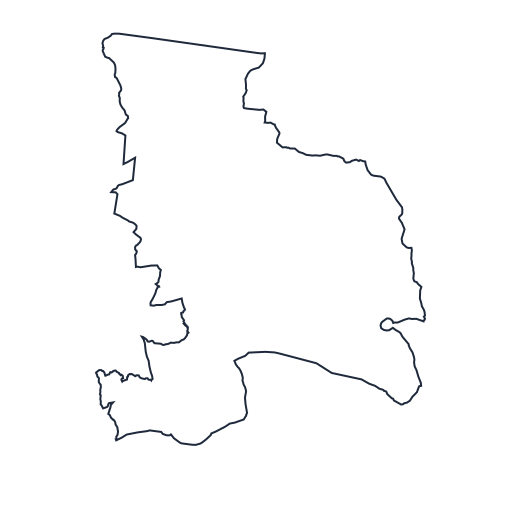 Lambussie-karni, Upper West, Ghana (orthographic projection), rotated 8°
{"feature_id": "2480657B9523556036154", "entity_name": "Lambussie-karni", "entity_type": "district", "adm_level": 2, "iso_a3": "GHA", "parent_name": "Ghana", "parent_adm1": "Upper West", "projection": "orthographic", "projection_center": [-2.645, 10.837], "detail": "fine", "context": "isolated", "style": "outline", "palette": "slate", "viewbox_px": 512, "rotation_deg": 8, "n_neighbors": 0, "source": "geoboundaries", "source_scale": "gbopen_adm2", "svg_char_len": 6088}
<svg xmlns="http://www.w3.org/2000/svg" viewBox="0 0 512 512"><g transform="rotate(8 256 256)"><path d="M437.6,361.6L436.9,358.7L433.6,352.9L430.7,346.5L428.5,343.3L427.3,339.2L427.3,336.6L426.5,334.1L424.4,329.7L421.3,326.0L419.7,323.4L419.5,322.1L412.3,315.6L409.8,312.2L408.1,311.2L404.5,309.8L401.5,308.1L398.1,311.0L395.5,311.6L392.8,311.4L390.1,310.1L389.0,307.5L389.3,305.1L390.3,303.5L394.1,299.8L394.8,299.5L397.4,299.5L398.8,300.3L400.2,301.3L401.2,303.2L402.8,302.5L405.5,302.2L412.1,298.3L416.2,296.5L418.8,296.7L423.5,295.9L431.0,297.4L431.0,296.6L431.7,296.0L432.1,294.6L430.7,292.7L431.6,291.5L430.7,287.9L429.7,285.9L427.2,282.6L426.5,280.3L424.2,275.3L423.4,267.2L424.1,263.6L420.4,261.2L418.8,259.5L416.6,259.1L415.8,258.3L414.9,256.2L414.7,251.0L413.6,247.8L413.5,246.1L411.3,241.5L411.2,240.0L410.0,236.8L410.0,234.2L409.6,232.3L409.6,228.9L408.8,226.3L405.9,226.8L404.0,226.5L399.4,223.3L398.8,221.8L397.8,218.7L399.4,208.9L395.9,203.0L392.4,199.1L392.4,197.3L394.6,194.5L394.9,193.4L394.5,189.9L393.9,187.6L387.1,180.7L375.1,165.5L372.4,161.5L368.6,160.0L361.1,160.1L358.6,159.4L354.6,155.5L351.9,150.2L351.0,147.2L348.9,147.2L345.7,146.5L344.7,147.6L341.7,146.6L337.5,148.5L336.0,150.0L332.4,151.0L330.4,149.9L328.9,147.4L324.2,145.8L322.9,146.0L322.0,145.6L318.7,146.1L312.6,145.5L310.5,145.9L305.5,147.8L301.2,148.0L297.7,148.7L291.5,148.8L288.3,147.7L284.0,147.0L279.5,144.2L274.6,144.8L273.2,144.2L271.9,144.5L270.9,144.1L267.1,144.7L261.0,140.9L260.7,137.7L261.0,135.8L262.2,131.6L261.9,130.4L258.1,126.4L256.5,124.0L256.3,123.2L254.9,123.1L252.0,121.9L249.3,122.5L246.0,122.6L246.3,121.1L245.6,116.7L246.2,111.8L242.9,109.9L239.2,110.8L227.1,111.3L223.6,111.2L222.8,110.1L222.8,106.4L222.0,104.7L221.7,101.4L221.2,100.0L223.1,96.1L223.7,93.1L222.8,91.9L222.2,87.6L220.9,82.3L222.6,76.7L224.6,73.3L227.0,71.6L232.6,69.0L236.0,64.2L236.9,59.4L236.6,54.0L232.7,54.7L228.5,54.8L122.7,54.7L89.7,54.9L84.8,55.5L82.4,56.3L81.6,57.9L79.2,60.2L75.8,62.2L74.8,64.0L74.4,66.0L74.4,66.8L75.4,69.2L75.3,70.8L76.2,71.0L76.1,72.3L75.6,73.3L75.7,74.4L78.9,79.6L81.6,80.4L82.9,80.4L88.4,84.3L89.9,86.6L90.8,90.1L91.2,94.0L90.8,96.1L91.5,98.4L92.9,98.9L93.7,99.8L98.0,106.0L99.2,108.7L99.4,110.1L99.1,111.2L97.7,113.5L98.1,115.2L97.9,116.4L99.1,118.4L99.5,121.9L100.7,124.9L102.7,127.5L105.6,130.1L107.4,134.0L109.6,135.2L110.2,137.1L107.8,142.6L103.0,147.3L100.9,150.3L100.5,151.8L101.8,152.5L106.2,153.2L109.9,154.8L112.0,183.4L116.1,180.6L122.6,175.5L123.5,198.0L113.6,203.5L110.6,204.7L109.4,205.8L108.7,208.0L108.0,208.8L105.4,210.1L103.8,212.9L108.2,212.5L110.2,214.1L109.8,233.7L115.7,235.2L118.7,236.7L124.2,238.6L125.6,239.5L129.6,240.1L132.3,241.6L133.6,242.9L133.7,245.9L131.4,249.4L134.3,251.5L138.9,254.0L139.4,254.5L139.8,255.6L139.6,257.2L138.7,259.2L137.7,260.2L137.3,261.2L135.7,262.4L135.0,264.1L135.5,266.4L136.4,267.3L136.9,267.3L137.4,268.5L136.9,270.6L136.1,271.9L137.1,275.7L138.6,283.6L139.8,283.1L143.3,283.2L153.8,280.0L159.6,279.1L161.6,281.8L163.7,283.0L163.4,285.6L163.7,289.4L162.9,292.8L163.0,295.1L162.4,296.2L160.6,297.7L162.5,299.0L164.2,299.5L164.4,299.9L163.1,300.4L162.0,303.5L161.5,307.1L159.8,312.4L158.2,316.3L158.1,317.6L158.5,319.5L161.8,319.4L164.1,318.4L169.1,317.7L172.4,316.6L174.1,314.1L178.4,312.8L188.3,308.4L189.7,312.7L191.9,317.1L193.1,318.7L192.8,319.8L192.1,320.3L191.6,322.1L189.9,322.7L190.0,324.1L190.4,324.4L191.0,326.8L193.7,329.7L193.3,330.9L194.9,332.8L194.0,333.2L195.7,334.6L196.2,334.4L196.4,334.8L196.9,334.6L197.5,335.6L198.0,335.6L198.0,336.4L198.6,336.7L198.5,337.7L198.7,338.5L198.3,339.9L199.8,341.3L199.5,341.7L198.8,341.8L198.7,344.1L197.1,347.3L196.0,348.7L194.2,349.6L191.7,352.2L188.7,352.7L187.3,353.4L183.6,353.7L181.8,355.0L179.9,355.8L178.9,355.9L177.3,356.9L175.7,356.9L174.0,356.1L167.6,356.5L165.5,354.5L164.7,354.4L162.0,355.8L160.6,355.7L159.6,354.3L158.6,353.6L155.3,351.9L154.2,351.8L156.2,354.1L158.0,357.7L160.2,366.4L162.0,370.9L164.3,374.8L165.8,380.1L168.0,385.8L169.8,389.2L170.7,392.2L169.7,393.2L169.6,393.8L168.9,393.2L167.3,393.5L166.5,393.2L165.8,392.3L165.0,392.2L164.0,392.4L163.1,393.3L159.9,393.1L157.8,392.4L156.4,390.5L154.1,390.8L153.4,391.8L153.1,391.8L149.3,390.1L148.4,390.6L147.7,390.3L146.8,390.9L145.9,392.0L146.0,393.2L145.3,393.7L145.4,396.3L141.4,398.4L141.0,399.0L139.9,397.3L140.1,396.2L141.4,395.5L140.7,393.2L139.3,392.3L138.9,392.2L138.5,392.8L138.2,392.6L137.5,391.9L137.0,391.8L136.6,390.9L134.0,390.0L133.1,389.0L132.6,388.9L130.6,389.8L130.1,390.7L128.9,391.5L128.3,391.2L127.8,391.4L127.1,393.6L124.8,394.6L124.0,395.4L123.4,395.5L122.0,392.4L120.7,391.2L119.8,391.4L118.7,390.5L116.6,390.8L113.9,393.6L114.2,394.0L114.2,394.7L115.0,395.5L115.8,397.6L117.0,398.3L117.5,399.2L117.8,402.5L118.7,403.8L120.1,405.1L120.6,407.2L120.4,410.4L120.8,412.0L120.8,414.9L121.6,415.5L121.8,419.7L122.6,421.6L122.8,424.5L123.8,425.4L125.8,428.2L129.6,426.2L130.1,425.4L130.6,422.5L131.1,422.1L134.8,420.9L133.0,423.6L132.9,426.1L131.7,432.9L133.4,433.9L135.1,436.6L136.6,437.3L136.8,437.9L138.4,438.4L139.8,440.4L140.4,442.4L142.5,444.9L143.8,449.1L143.8,452.2L142.8,454.6L143.3,456.5L143.1,457.2L142.8,457.2L143.2,458.0L148.4,454.5L152.8,450.8L163.5,447.1L172.8,444.5L174.9,443.5L186.7,443.4L188.3,445.1L192.3,446.0L195.6,445.6L196.6,444.5L200.1,447.9L206.2,451.2L208.2,451.9L219.1,451.8L222.6,451.4L227.0,449.5L228.8,448.0L231.9,444.8L236.0,439.8L236.5,437.9L240.4,435.6L249.1,429.4L253.4,425.6L258.3,423.9L266.6,419.6L268.5,415.3L268.4,414.5L269.0,412.7L266.2,404.0L264.8,397.7L265.0,391.5L264.7,390.4L263.4,387.4L261.7,385.1L260.7,382.8L259.9,381.0L259.9,378.5L258.4,374.8L256.6,371.7L254.7,369.4L253.4,368.5L251.1,366.1L249.2,362.8L252.8,360.1L259.2,356.4L262.2,352.7L278.6,349.6L287.8,348.9L292.9,349.3L330.8,353.8L347.3,361.3L377.7,363.5L385.8,366.7L392.0,368.0L396.8,370.3L399.9,370.7L400.9,371.0L401.4,371.7L403.3,371.9L404.2,372.6L405.1,374.4L410.3,378.0L411.6,378.2L412.7,379.9L420.5,382.9L422.5,382.2L423.2,381.2L425.9,380.2L428.5,377.9L430.5,373.6L434.3,368.5L435.6,362.5L436.4,361.9L437.6,361.6Z" fill="none" stroke="#1e293b" stroke-width="2"/></g></svg>